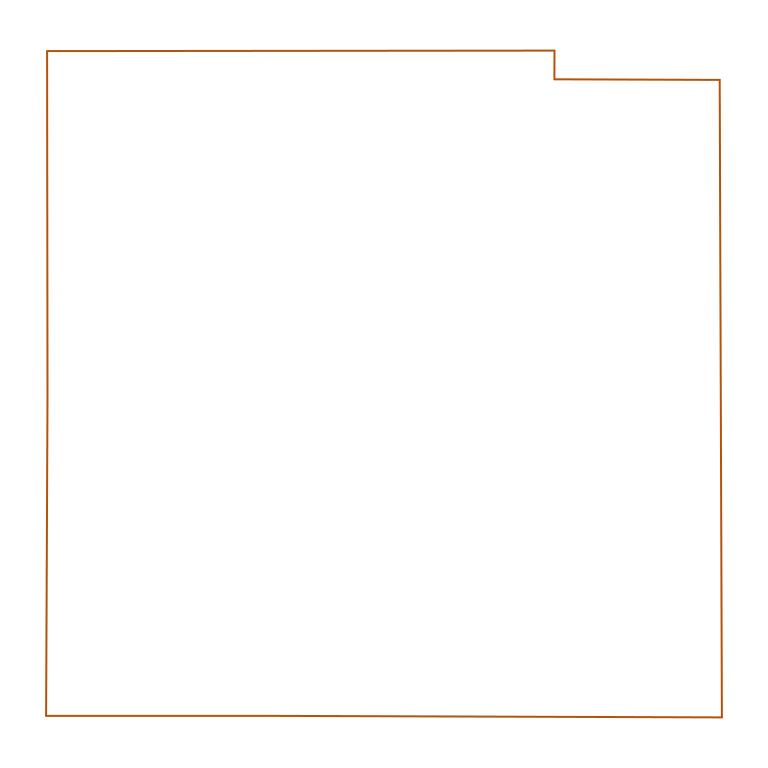 Mason, Texas, United States of America
{"feature_id": "52423323B11317235464600", "entity_name": "Mason", "entity_type": "district", "adm_level": 2, "iso_a3": "USA", "parent_name": "United States of America", "parent_adm1": "Texas", "projection": "orthographic", "projection_center": [-99.262, 30.72], "detail": "fine", "context": "isolated", "style": "outline", "palette": "amber", "viewbox_px": 768, "rotation_deg": 0, "n_neighbors": 0, "source": "geoboundaries", "source_scale": "gbopen_adm2", "svg_char_len": 227}
<svg xmlns="http://www.w3.org/2000/svg" viewBox="0 0 768 768"><path d="M47.5,397.6L46.1,715.9L280.6,715.9L721.9,717.4L719.7,79.9L554.4,79.3L554.5,50.6L47.1,51.1L47.5,397.6Z" fill="none" stroke="#b45309" stroke-width="2"/></svg>